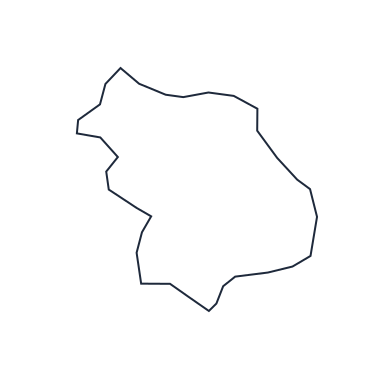 outline of Vučitrn, rotated 300°
{"feature_id": "KOS-5895", "entity_name": "Vučitrn", "entity_type": "District", "adm_level": 1, "iso_a3": "XKX", "parent_name": "Kosovo", "parent_adm1": "", "projection": "mercator", "projection_center": [20.969, 42.808], "detail": "fine", "context": "isolated", "style": "outline", "palette": "slate", "viewbox_px": 384, "rotation_deg": 300, "n_neighbors": 0, "source": "natural_earth", "source_scale": "10m", "svg_char_len": 575}
<svg xmlns="http://www.w3.org/2000/svg" viewBox="0 0 384 384"><g transform="rotate(300 192 192)"><path d="M197.4,57.4L221.9,68.5L242.3,63.0L263.6,68.1L259.3,92.1L263.1,120.6L269.8,137.0L286.4,156.5L296.1,180.1L296.8,207.0L277.7,217.8L264.1,248.7L255.3,276.9L253.5,292.8L233.0,312.7L195.9,326.6L177.7,316.3L160.2,298.0L140.3,271.7L126.0,266.1L107.6,268.9L97.4,266.1L99.5,241.1L101.5,218.9L87.2,193.8L111.7,174.4L132.1,168.8L150.5,168.8L150.5,152.1L152.5,118.7L166.8,107.5L185.2,110.3L193.4,85.3L185.2,63.0L197.4,57.4Z" fill="none" stroke="#1e293b" stroke-width="2"/></g></svg>